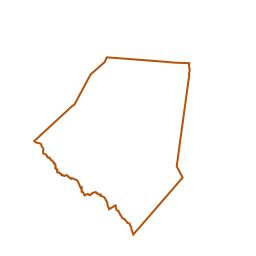 the district of San Francisco de La Paz, Olancho, Honduras, rotated 302°
{"feature_id": "27666195B84408666272476", "entity_name": "San Francisco de La Paz", "entity_type": "district", "adm_level": 2, "iso_a3": "HND", "parent_name": "Honduras", "parent_adm1": "Olancho", "projection": "mercator", "projection_center": [-86.243, 14.84], "detail": "fine", "context": "isolated", "style": "outline", "palette": "amber", "viewbox_px": 256, "rotation_deg": 302, "n_neighbors": 0, "source": "geoboundaries", "source_scale": "gbopen_adm2", "svg_char_len": 4671}
<svg xmlns="http://www.w3.org/2000/svg" viewBox="0 0 256 256"><g transform="rotate(302 128 128)"><path d="M121.3,189.6L202.2,153.3L202.7,153.2L203.0,153.2L203.4,152.9L203.5,152.7L204.0,152.6L204.6,152.4L205.1,152.1L205.5,151.8L205.7,151.4L205.9,151.1L207.7,150.4L209.5,149.8L210.4,149.3L211.6,148.0L213.1,146.7L214.2,146.0L214.9,145.8L215.4,145.6L207.6,131.9L204.1,124.9L176.7,72.6L171.5,73.3L153.7,67.9L119.4,70.2L117.4,69.1L67.2,55.4L66.9,57.2L66.9,57.6L66.9,57.8L67.1,58.3L67.4,58.9L67.5,59.1L67.5,59.4L67.5,59.6L67.9,60.4L68.1,61.1L68.2,61.4L68.2,62.2L68.3,62.7L68.3,62.8L68.1,63.1L67.9,63.4L67.6,63.6L67.0,64.1L66.8,64.2L66.7,64.4L66.6,64.7L66.4,65.2L66.1,66.3L65.9,66.9L65.7,67.2L65.6,67.3L65.2,67.5L64.2,68.0L63.8,68.0L63.5,68.1L63.3,68.2L62.2,69.1L61.7,69.3L61.6,69.5L61.5,70.2L61.6,70.4L61.9,71.6L61.9,72.9L61.9,73.0L61.4,73.6L61.2,73.9L61.2,74.0L61.3,74.3L61.2,74.5L60.5,75.2L60.5,75.8L60.6,76.2L60.6,76.4L60.8,76.6L61.2,76.8L61.1,77.2L61.0,77.5L61.1,77.8L61.0,78.0L60.9,78.2L60.5,78.4L60.4,78.5L60.2,78.9L60.1,79.2L60.2,80.1L60.2,80.9L60.1,81.0L60.0,81.3L59.9,81.5L59.9,81.8L59.9,82.0L59.5,82.5L59.4,83.1L59.5,83.7L59.4,83.9L59.4,84.0L59.2,84.1L58.9,84.2L58.6,84.2L58.6,84.4L58.7,85.3L58.6,85.6L58.4,85.8L57.9,86.0L57.6,86.2L57.4,86.9L57.3,87.1L57.2,87.1L56.8,86.9L56.7,86.9L56.4,87.1L56.2,87.5L55.4,87.7L55.2,87.8L55.1,88.0L55.3,88.4L55.3,88.6L55.2,88.7L55.1,88.8L55.0,89.0L55.0,89.3L55.2,89.5L55.3,89.8L55.3,90.1L55.2,90.3L54.7,90.4L53.9,90.6L53.6,90.7L53.4,90.9L53.2,91.2L53.0,91.5L52.9,91.9L52.9,92.1L53.0,92.3L53.2,92.6L53.4,92.8L53.5,92.8L53.8,92.9L53.9,93.0L53.7,93.4L53.6,93.5L53.5,93.9L53.5,94.1L53.5,94.4L53.6,94.9L53.7,95.2L53.7,95.4L53.6,95.5L53.4,95.8L53.0,96.2L52.7,96.4L52.7,96.6L52.8,96.9L52.9,97.0L53.2,97.1L53.5,97.2L53.5,97.3L53.6,97.7L53.4,99.0L53.5,99.2L53.6,99.4L53.8,99.7L54.1,99.9L55.2,100.5L55.3,100.7L55.5,101.0L55.6,101.4L55.6,101.6L55.6,101.8L55.3,102.3L55.2,102.5L55.2,102.8L55.2,103.3L55.1,103.8L55.0,104.1L54.8,104.4L54.7,104.6L54.8,104.8L55.2,105.3L55.3,105.4L55.3,105.5L55.2,105.7L55.1,106.0L54.9,106.3L54.8,106.6L54.8,106.9L54.8,107.0L55.2,107.1L55.8,107.4L55.9,107.6L56.0,107.8L56.1,108.0L56.1,109.3L56.1,109.6L56.3,110.3L56.5,110.9L56.6,111.3L56.7,111.6L56.7,112.0L56.6,112.6L56.3,113.5L55.7,114.5L55.5,114.8L53.8,117.3L53.5,117.6L52.6,118.6L52.6,118.9L52.7,119.2L52.9,119.4L53.3,119.6L53.5,119.9L53.5,120.0L53.1,120.4L53.0,120.5L52.9,120.5L52.7,120.5L52.5,120.4L52.3,120.2L52.1,120.2L51.9,120.2L51.7,120.2L51.6,120.3L51.6,120.6L51.5,120.9L51.5,121.0L51.2,121.4L50.7,122.0L50.2,122.1L49.9,122.1L49.7,122.1L49.4,122.3L49.4,122.6L49.5,122.7L49.9,123.0L49.5,124.0L49.1,125.0L48.9,125.3L48.6,125.7L48.1,126.3L47.8,126.9L47.8,127.0L47.9,127.3L49.0,127.5L49.3,127.6L49.7,127.9L49.9,128.1L50.3,128.4L50.5,128.5L50.8,128.9L50.9,129.2L50.8,129.3L50.6,129.8L50.7,130.5L50.7,130.8L50.8,131.1L50.9,131.3L51.1,131.5L51.5,131.7L51.6,131.8L51.8,131.8L52.0,131.8L52.5,131.7L52.8,131.8L53.3,132.2L53.7,132.3L53.9,132.3L54.0,132.3L54.4,132.7L54.6,132.9L54.8,132.9L55.1,133.2L55.2,133.4L55.3,133.5L56.0,133.9L56.3,134.2L56.4,134.3L56.5,134.6L56.6,134.9L56.5,135.1L56.4,135.2L56.1,135.5L56.0,135.8L56.3,136.1L56.4,136.4L56.5,136.5L56.4,136.8L56.1,137.1L56.0,137.3L55.9,137.5L56.0,137.9L56.2,138.2L56.2,138.3L56.4,138.7L56.5,139.1L56.6,139.4L56.8,139.6L57.0,139.8L57.2,140.0L57.2,140.3L57.1,140.5L56.8,140.7L56.6,140.8L56.4,140.8L56.3,140.7L56.0,140.7L56.1,141.0L56.2,141.6L56.4,142.5L56.6,143.6L56.6,144.2L56.6,144.6L56.5,145.1L56.4,145.5L55.8,146.4L55.3,147.1L54.9,147.9L54.5,148.8L53.9,149.6L53.4,150.3L52.6,151.0L51.7,151.6L51.1,152.2L50.9,152.3L50.8,152.5L50.2,153.7L49.9,154.2L49.5,154.6L49.2,154.9L49.1,155.0L49.3,155.1L49.7,155.3L50.6,155.7L51.0,155.9L51.5,156.2L51.8,156.4L52.6,156.8L53.7,157.3L54.3,157.5L54.7,157.7L55.1,157.8L55.4,158.0L55.6,158.2L55.8,158.4L55.8,158.5L55.7,158.8L55.4,159.0L55.0,159.1L54.3,159.7L54.0,160.0L53.4,160.7L52.8,161.3L52.5,161.6L52.4,161.9L52.4,162.0L52.4,163.1L52.6,163.8L52.6,164.0L52.3,164.4L52.1,164.6L51.8,164.9L51.7,165.1L51.5,165.6L51.1,166.0L50.8,166.8L50.8,167.1L50.7,167.3L50.2,167.6L50.0,167.8L49.8,168.4L49.7,169.0L49.6,169.3L49.3,169.7L49.1,169.9L48.8,170.3L48.7,170.7L48.6,171.1L48.5,171.4L48.5,171.6L48.6,172.2L48.8,172.9L48.9,173.2L48.8,173.5L48.7,173.9L48.4,175.0L48.2,175.7L48.0,176.3L47.8,176.6L47.3,177.6L47.2,177.8L47.2,178.1L47.3,178.5L47.6,179.0L47.8,179.5L47.8,179.9L47.1,180.8L46.8,181.1L46.6,181.3L46.4,181.8L45.8,183.0L45.3,183.6L44.6,184.1L43.9,184.6L43.6,184.8L43.4,185.0L43.1,185.7L42.7,186.2L42.2,186.9L41.7,187.3L41.5,187.5L41.4,187.7L41.2,188.1L41.0,188.3L40.8,188.7L40.6,188.9L52.0,190.8L114.9,200.6L121.3,189.6Z" fill="none" stroke="#b45309" stroke-width="2"/></g></svg>